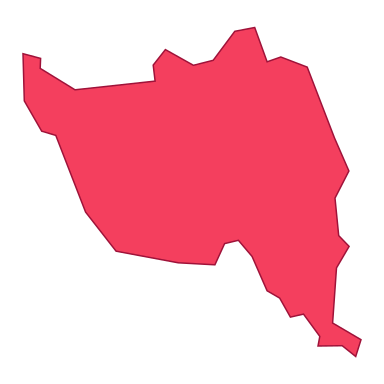 the district of Owsley, Kentucky, United States of America
{"feature_id": "52423323B86076485576940", "entity_name": "Owsley", "entity_type": "district", "adm_level": 2, "iso_a3": "USA", "parent_name": "United States of America", "parent_adm1": "Kentucky", "projection": "mercator", "projection_center": [-83.663, 37.399], "detail": "fine", "context": "isolated", "style": "filled", "palette": "rose", "viewbox_px": 384, "rotation_deg": 0, "n_neighbors": 0, "source": "geoboundaries", "source_scale": "gbopen_adm2", "svg_char_len": 602}
<svg xmlns="http://www.w3.org/2000/svg" viewBox="0 0 384 384"><path d="M355.7,356.5L361.0,339.7L332.6,323.0L336.5,267.9L349.1,246.4L338.7,235.6L335.0,198.1L348.9,171.0L334.5,138.0L307.2,67.1L280.8,57.0L267.1,61.8L254.7,27.5L234.8,31.3L213.2,60.3L193.4,65.3L165.4,49.6L153.2,65.1L155.1,81.1L75.0,89.8L40.2,68.4L40.6,58.4L23.0,53.7L24.3,100.9L41.7,131.2L55.8,135.4L85.6,212.1L116.1,251.2L178.2,262.8L214.9,264.8L224.6,243.6L238.4,240.3L252.1,256.5L267.1,290.8L279.7,298.1L290.4,317.1L303.5,314.1L319.8,336.4L318.0,346.0L342.2,345.7L355.7,356.5Z" fill="#f43f5e" stroke="#9f1239" stroke-width="1.5"/></svg>